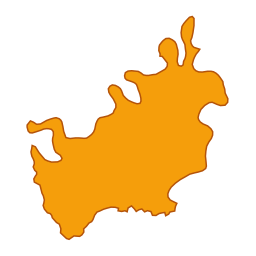 São Jorge d'Oeste, Paraná, Brazil (Albers equal-area conic projection), rotated 88°
{"feature_id": "56859067B52253080464426", "entity_name": "São Jorge d'Oeste", "entity_type": "district", "adm_level": 2, "iso_a3": "BRA", "parent_name": "Brazil", "parent_adm1": "Paraná", "projection": "albers", "projection_center": [-52.964, -25.661], "detail": "fine", "context": "isolated", "style": "filled", "palette": "amber", "viewbox_px": 256, "rotation_deg": 88, "n_neighbors": 0, "source": "geoboundaries", "source_scale": "gbopen_adm2", "svg_char_len": 3382}
<svg xmlns="http://www.w3.org/2000/svg" viewBox="0 0 256 256"><g transform="rotate(88 128 128)"><path d="M57.3,93.6L57.7,91.2L64.5,86.3L67.8,86.7L70.4,88.7L71.7,91.0L75.4,98.2L75.5,101.0L76.2,105.7L76.1,108.0L75.5,110.7L73.4,113.2L71.8,115.8L70.9,122.4L71.1,126.0L72.6,128.7L75.7,129.6L78.1,129.2L79.8,127.8L81.9,122.3L83.1,119.8L84.8,118.0L87.1,117.2L90.2,116.4L92.3,115.6L95.0,114.8L98.7,114.1L101.7,114.1L103.8,115.2L104.1,118.1L103.1,121.0L102.0,123.5L100.3,126.8L97.9,129.4L95.3,131.6L90.5,133.2L88.4,134.3L86.6,136.3L85.0,139.1L84.4,142.2L85.6,144.6L88.1,146.3L91.6,145.9L94.2,144.6L98.4,141.7L103.7,139.3L107.1,139.4L110.1,141.3L112.4,142.2L113.6,144.0L115.2,147.5L116.3,152.7L116.7,155.5L118.0,157.4L120.0,158.7L122.8,160.0L127.9,161.2L130.8,162.5L133.2,164.6L135.2,167.3L136.7,169.8L136.8,172.3L136.5,174.7L136.2,177.7L136.1,180.8L136.5,186.3L135.4,190.4L129.1,192.4L124.5,193.0L119.7,193.9L117.8,194.9L116.3,196.5L115.2,199.5L115.5,201.8L116.3,205.0L117.6,209.0L120.9,215.3L121.1,219.2L118.9,222.3L117.5,225.3L121.5,228.7L123.6,228.8L127.5,227.9L129.3,226.3L129.6,223.8L128.5,219.7L127.1,214.9L126.1,212.3L125.8,209.4L126.0,207.1L126.7,204.5L129.0,202.8L132.6,202.8L135.9,203.7L138.2,203.9L141.8,203.4L146.7,202.4L149.7,201.0L152.9,196.6L156.0,195.0L158.0,196.1L159.4,199.5L159.4,205.6L158.1,209.4L156.7,212.2L149.7,217.7L145.9,219.9L143.6,221.2L142.1,224.4L145.4,225.0L148.5,225.8L150.6,225.5L153.0,225.0L155.5,223.8L158.2,222.9L160.6,222.9L163.6,224.1L167.0,222.7L168.8,220.9L171.1,220.9L172.9,222.3L175.6,223.9L178.8,223.5L182.0,218.0L184.2,217.5L190.2,216.2L192.8,215.0L197.0,214.1L199.9,214.7L202.5,215.5L206.1,214.4L209.9,211.5L210.9,208.6L212.8,207.3L215.0,206.8L219.9,202.8L221.7,200.0L226.4,198.6L230.4,199.1L233.9,195.7L236.3,193.3L237.2,190.8L234.0,185.8L234.6,180.1L233.2,177.8L230.5,175.8L227.2,175.8L224.8,173.0L221.6,170.3L220.3,167.6L218.3,166.2L214.0,164.4L210.9,161.9L210.0,159.2L208.3,155.2L207.3,151.4L206.5,147.7L206.8,143.5L207.9,140.3L210.4,140.8L211.2,137.3L210.6,133.9L211.7,131.8L207.9,130.7L206.0,127.2L209.0,124.5L211.7,122.7L210.1,120.0L209.4,117.0L212.4,114.3L211.3,111.5L212.3,108.0L216.1,106.6L216.4,103.1L214.6,100.0L214.0,97.0L213.7,94.2L217.0,93.4L215.5,90.4L213.4,89.0L212.6,84.2L210.1,83.8L207.8,83.2L205.0,81.8L202.7,86.1L201.4,88.4L198.4,90.4L195.2,90.5L191.9,89.2L188.6,86.9L184.8,82.6L181.4,77.6L178.7,72.4L176.3,67.9L175.2,63.2L174.5,59.5L173.3,55.0L171.2,51.8L168.8,51.0L164.8,51.2L158.8,51.6L153.7,51.0L148.9,50.0L144.8,47.7L141.4,45.1L138.1,43.7L134.7,43.5L131.6,45.2L128.7,48.3L126.6,52.8L124.5,55.6L122.0,57.2L119.9,57.6L116.6,56.7L112.0,54.5L108.1,50.5L105.5,46.0L105.2,43.0L107.5,38.2L108.8,34.8L108.6,30.2L105.8,27.5L102.2,27.2L96.5,29.7L92.5,30.0L88.1,31.3L84.9,31.6L80.9,34.1L78.4,35.9L76.4,38.0L74.8,40.6L74.2,43.1L74.1,46.6L74.7,51.9L74.4,55.4L73.2,58.1L71.0,60.2L66.7,61.6L61.8,60.1L59.6,59.1L56.5,57.3L53.9,55.0L51.8,53.5L49.7,59.3L48.2,60.8L45.7,62.0L42.9,62.4L39.8,61.0L35.1,59.8L28.0,58.5L20.8,58.2L18.8,59.9L19.5,62.7L22.7,66.0L25.6,68.6L28.4,70.5L34.6,71.6L38.8,71.3L41.4,70.5L43.5,69.5L46.5,68.2L50.8,67.9L55.1,67.4L58.3,67.9L60.6,68.6L63.3,70.1L66.8,70.7L68.1,72.6L67.2,75.4L63.5,76.5L60.1,76.2L56.0,75.4L52.0,75.5L48.6,76.3L46.1,76.8L43.4,78.2L41.4,80.7L39.8,83.7L39.9,87.0L41.7,89.6L43.5,91.4L46.2,93.6L48.2,94.2L51.8,94.5L55.1,93.3L57.3,93.6Z" fill="#f59e0b" stroke="#b45309" stroke-width="1.5"/></g></svg>